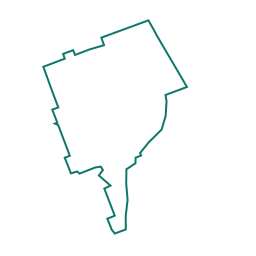 Floyd, Georgia, United States of America (orthographic projection), rotated 159°
{"feature_id": "52423323B2817589599691", "entity_name": "Floyd", "entity_type": "district", "adm_level": 2, "iso_a3": "USA", "parent_name": "United States of America", "parent_adm1": "Georgia", "projection": "orthographic", "projection_center": [-85.181, 34.333], "detail": "fine", "context": "isolated", "style": "outline", "palette": "teal", "viewbox_px": 256, "rotation_deg": 159, "n_neighbors": 0, "source": "geoboundaries", "source_scale": "gbopen_adm2", "svg_char_len": 786}
<svg xmlns="http://www.w3.org/2000/svg" viewBox="0 0 256 256"><g transform="rotate(159 128 128)"><path d="M197.5,106.1L191.0,105.6L189.6,102.8L172.8,102.9L167.3,101.7L166.5,97.8L172.2,94.1L165.0,80.5L171.8,79.9L171.8,50.9L179.8,50.7L179.6,38.7L178.1,34.2L166.4,34.1L161.6,46.8L154.2,60.9L149.6,76.7L144.3,90.0L133.7,92.4L131.5,97.6L125.7,97.6L125.7,100.3L113.8,107.2L97.2,114.5L88.5,125.8L82.5,139.0L81.1,145.4L58.3,145.2L59.3,151.5L59.5,152.9L60.3,157.6L60.4,158.4L68.1,204.8L68.5,208.8L70.4,221.2L112.8,221.8L120.5,221.9L120.7,213.9L135.2,215.1L151.3,215.2L151.3,220.3L162.0,220.4L162.2,215.4L185.1,215.5L185.6,189.2L185.7,172.2L192.1,172.3L192.1,158.3L194.6,158.3L192.1,155.7L192.2,134.0L192.3,122.9L197.7,122.9L197.5,106.1Z" fill="none" stroke="#0f766e" stroke-width="2"/></g></svg>